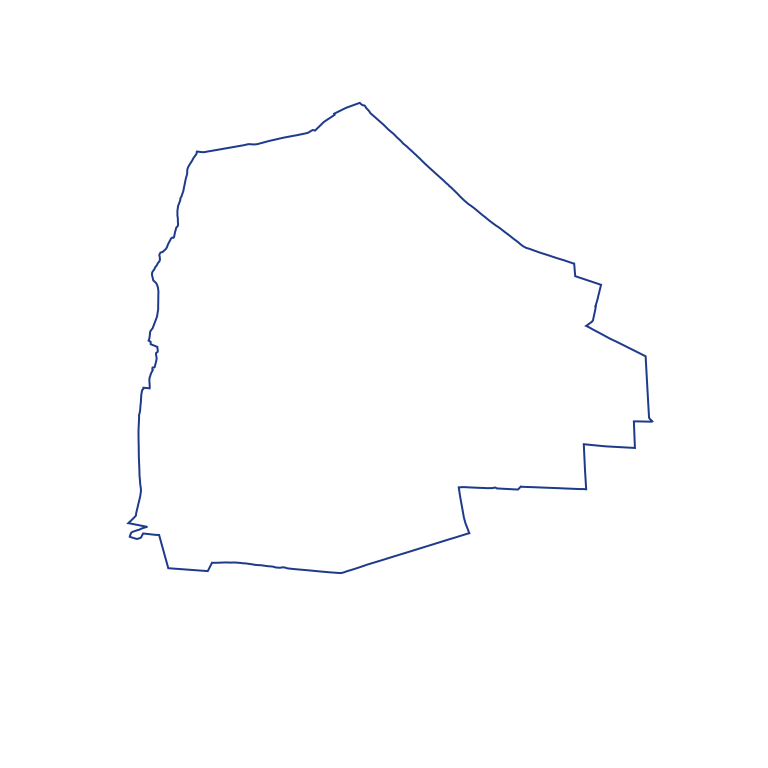 Valea Seaca, Iasi, Romania (Natural Earth projection), rotated 22°
{"feature_id": "2599482B61041984506388", "entity_name": "Valea Seaca", "entity_type": "district", "adm_level": 2, "iso_a3": "ROU", "parent_name": "Romania", "parent_adm1": "Iasi", "projection": "natural_earth1", "projection_center": [26.653, 47.286], "detail": "fine", "context": "isolated", "style": "outline", "palette": "blue", "viewbox_px": 768, "rotation_deg": 22, "n_neighbors": 0, "source": "geoboundaries", "source_scale": "gbopen_adm2", "svg_char_len": 6057}
<svg xmlns="http://www.w3.org/2000/svg" viewBox="0 0 768 768"><g transform="rotate(22 384 384)"><path d="M205.5,620.9L205.9,620.9L206.3,620.8L207.2,620.8L208.4,620.7L209.3,620.6L211.8,620.4L213.3,620.1L213.7,619.7L214.1,619.4L215.9,617.9L216.2,617.1L216.3,616.6L216.4,615.2L216.5,614.5L216.7,612.8L228.9,609.4L232.0,608.2L239.2,617.6L253.0,635.6L290.7,623.5L291.5,614.1L292.8,613.7L294.7,612.9L296.6,612.1L298.5,611.3L300.7,610.2L303.1,609.2L306.0,608.0L308.9,607.0L312.4,605.4L313.2,605.2L314.0,604.9L316.9,604.0L318.4,603.5L320.0,603.2L321.7,602.6L323.1,602.1L324.4,601.8L326.1,601.4L329.1,600.6L330.4,600.3L332.2,600.0L334.1,599.4L335.4,599.0L336.9,598.4L339.1,597.8L341.6,597.2L344.7,596.4L347.1,595.6L348.2,595.3L349.2,595.0L349.7,594.9L350.7,594.8L352.1,594.7L353.8,594.2L355.0,593.8L356.2,593.4L357.5,592.7L358.4,592.1L359.3,591.7L360.4,591.4L361.0,591.3L362.2,591.2L363.2,591.1L363.9,591.0L369.9,589.3L383.3,585.2L395.8,581.5L403.7,579.1L412.4,576.3L414.7,575.5L415.7,574.9L417.6,573.5L419.5,571.7L423.9,568.2L429.4,563.6L436.9,557.1L446.0,549.8L457.1,540.7L478.5,523.3L501.1,504.8L507.6,499.6L515.4,493.2L517.1,491.8L519.0,490.4L511.7,482.6L509.7,480.0L507.9,477.6L504.3,471.8L496.6,459.6L492.1,452.0L492.0,451.8L492.7,451.5L493.7,451.1L494.7,450.5L495.9,450.0L496.9,449.6L497.9,449.2L499.2,448.8L501.2,448.1L503.3,447.4L506.9,446.1L510.7,444.8L512.3,444.2L514.7,443.3L517.3,442.4L519.3,441.7L520.6,441.1L521.9,440.6L523.2,440.1L524.7,439.1L525.6,438.5L526.1,438.3L527.0,438.4L527.6,438.6L547.7,431.7L549.4,427.7L550.3,427.7L553.8,426.4L561.2,423.7L573.2,419.4L585.4,415.0L590.3,413.3L598.6,410.3L604.0,408.4L608.5,406.6L610.9,405.9L602.6,388.5L591.8,365.0L608.8,360.0L613.4,358.6L640.6,349.3L629.7,325.1L633.6,323.5L646.5,318.6L646.8,318.1L643.7,316.9L642.4,316.0L633.8,297.8L624.3,277.6L616.2,260.3L592.8,258.4L583.7,257.7L576.3,257.3L566.2,256.1L558.1,255.3L552.8,254.6L549.7,254.4L550.2,253.7L552.0,250.7L553.5,248.3L553.9,246.5L553.5,244.4L552.4,237.9L551.9,235.3L551.5,233.7L551.3,232.6L550.9,232.7L550.9,232.3L550.4,226.8L550.1,224.5L549.7,222.3L549.4,219.9L548.8,215.6L548.4,212.9L548.1,210.7L520.9,212.4L515.2,201.1L514.4,201.3L507.4,201.7L505.2,201.8L504.1,201.9L500.9,202.2L497.3,202.5L493.2,202.8L489.5,203.0L485.5,203.3L482.8,203.5L479.0,203.8L476.4,203.9L473.8,204.0L471.7,204.1L470.2,204.1L468.1,204.2L467.0,204.3L465.3,204.5L464.5,204.5L463.6,204.4L462.6,204.3L461.2,204.1L459.6,203.7L457.6,203.1L455.0,202.2L451.6,201.3L448.5,200.5L445.7,199.6L438.6,197.7L434.9,196.6L432.7,196.0L431.0,195.6L428.7,195.2L424.3,194.1L420.3,193.0L416.2,191.7L411.0,190.2L402.7,187.5L400.3,186.8L398.8,186.4L396.6,185.9L394.8,185.5L393.5,185.1L389.2,183.6L384.7,181.8L380.3,179.8L373.2,176.9L371.8,176.3L370.7,176.2L369.4,175.4L365.8,174.2L363.7,173.3L362.4,172.8L355.4,170.3L346.7,167.1L343.7,166.0L340.0,164.6L335.6,162.8L332.1,161.3L329.9,160.5L328.1,159.7L326.0,159.0L323.0,157.8L320.2,156.8L316.1,155.2L313.5,154.4L311.5,153.8L310.4,153.2L308.5,152.3L304.9,150.9L303.4,150.4L302.3,149.9L300.8,149.2L299.2,148.5L295.4,147.3L293.3,146.6L292.2,146.2L290.3,145.4L288.2,144.5L284.9,143.2L283.9,142.9L278.9,141.1L274.3,139.5L269.7,137.9L269.1,137.4L268.5,136.9L267.4,136.3L265.8,135.5L264.8,135.1L263.8,134.6L262.5,133.5L261.7,133.1L260.7,133.3L259.4,133.5L258.5,133.3L257.4,132.9L256.2,132.4L248.3,139.5L245.3,142.2L236.5,152.1L237.4,152.9L230.1,163.5L227.0,170.6L225.1,174.9L223.9,175.0L222.8,175.2L221.8,176.4L219.2,179.8L209.5,186.3L207.2,187.7L198.5,193.3L186.7,201.5L176.5,209.2L173.5,210.7L171.0,211.5L168.4,212.4L164.9,214.9L155.6,220.7L149.8,224.3L142.3,229.0L138.1,231.6L135.0,233.5L130.1,236.6L127.6,237.4L126.8,237.7L126.0,237.9L125.3,238.0L124.2,238.3L123.4,238.6L123.4,238.8L123.5,238.9L123.9,240.3L123.7,242.1L123.2,243.8L123.1,244.1L122.7,246.2L122.5,247.5L122.5,248.3L122.1,250.6L122.0,251.0L121.5,253.7L121.3,255.0L121.2,256.2L121.2,257.5L121.2,258.2L121.7,260.2L122.2,261.3L122.6,262.2L122.9,263.9L123.0,265.1L123.1,266.1L123.4,268.3L123.9,271.2L124.4,273.6L125.0,277.2L125.3,278.5L125.7,280.6L125.8,283.3L125.9,285.1L126.0,286.4L125.7,287.4L125.7,288.4L125.9,289.0L126.2,289.3L126.3,291.3L126.4,296.2L126.7,297.3L127.0,298.4L127.4,300.3L128.5,303.1L129.4,305.3L130.5,307.1L131.0,308.0L131.6,309.7L132.5,311.5L133.2,312.9L133.6,314.4L133.4,315.4L132.8,316.8L133.1,319.1L133.4,321.8L133.9,324.3L134.3,326.4L134.1,327.2L132.8,327.6L132.1,328.8L132.0,329.6L131.4,335.4L131.5,338.9L131.0,341.0L130.0,342.9L129.3,344.6L128.3,345.2L127.5,346.0L127.3,347.5L127.4,348.7L128.2,349.8L129.7,352.6L129.8,354.8L129.1,356.3L128.8,359.5L128.2,361.0L128.0,364.2L127.5,365.7L127.3,367.5L127.9,369.6L129.9,372.4L131.3,374.4L133.5,375.2L135.1,375.9L136.7,377.3L138.4,379.5L140.3,382.9L141.1,385.2L143.1,390.3L144.5,393.9L145.1,395.6L145.8,397.3L146.6,399.2L148.3,406.5L148.5,415.4L148.6,419.1L147.9,421.2L147.6,423.0L148.7,426.9L149.4,429.6L149.5,432.0L150.3,432.0L151.8,432.3L152.8,434.5L159.9,434.5L160.6,435.8L161.7,437.7L161.9,438.0L162.1,438.9L161.1,440.6L161.4,441.8L162.4,443.4L163.5,445.1L164.0,446.9L164.5,450.1L165.0,453.7L165.0,454.2L164.9,454.6L164.0,455.0L163.7,455.2L163.3,455.4L163.3,456.0L163.6,456.9L163.8,457.3L164.4,457.6L164.0,461.5L164.2,463.6L164.3,466.1L165.2,468.8L166.5,471.5L167.8,474.2L168.3,475.8L162.3,477.6L162.7,478.7L162.0,480.4L162.6,482.9L162.8,484.0L163.1,485.3L163.3,485.9L163.6,486.6L163.9,487.7L165.2,491.4L166.5,495.9L168.0,500.7L168.7,505.4L169.3,506.3L171.1,511.4L173.3,517.7L174.4,520.6L177.0,526.9L179.0,531.6L179.8,533.3L180.4,534.8L183.9,543.2L187.7,551.6L189.6,555.8L190.7,558.4L192.1,561.5L192.7,562.5L195.5,568.2L197.1,570.9L197.9,572.4L198.7,574.1L199.2,576.1L199.9,578.9L200.3,581.2L200.9,585.1L201.3,588.1L201.7,590.4L202.1,593.2L202.6,596.5L203.2,598.7L203.1,599.6L202.7,600.4L202.3,601.5L201.7,603.0L201.1,604.3L200.5,605.8L199.9,607.0L199.4,608.0L199.1,608.8L199.4,608.7L218.2,605.1L216.6,606.1L215.2,607.3L213.8,608.4L211.8,610.6L210.1,611.9L209.1,612.8L207.8,613.9L206.5,615.1L205.5,616.2L205.3,617.0L205.3,618.8L205.3,619.1L205.5,620.9Z" fill="none" stroke="#1e3a8a" stroke-width="2"/></g></svg>